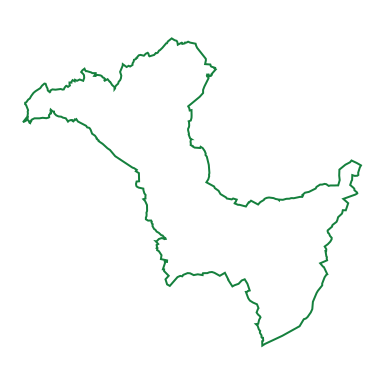 the district of Feliceni, Harghita, Romania
{"feature_id": "2599482B81042464195170", "entity_name": "Feliceni", "entity_type": "district", "adm_level": 2, "iso_a3": "ROU", "parent_name": "Romania", "parent_adm1": "Harghita", "projection": "mercator", "projection_center": [25.253, 46.284], "detail": "fine", "context": "isolated", "style": "outline", "palette": "green", "viewbox_px": 384, "rotation_deg": 0, "n_neighbors": 0, "source": "geoboundaries", "source_scale": "gbopen_adm2", "svg_char_len": 5861}
<svg xmlns="http://www.w3.org/2000/svg" viewBox="0 0 384 384"><path d="M262.3,345.6L265.0,343.9L282.3,335.8L299.6,326.2L303.8,319.2L305.7,318.6L307.5,317.1L310.8,312.4L312.3,309.1L312.9,301.8L316.6,293.0L317.9,290.8L322.2,285.4L322.2,283.5L324.6,277.3L326.4,274.7L327.3,274.3L323.9,267.1L323.1,266.7L320.2,263.3L327.1,260.3L326.7,258.5L326.9,257.1L326.4,256.5L325.5,251.1L326.1,251.2L326.3,249.2L324.7,246.5L327.8,244.2L330.3,241.6L331.6,239.3L331.7,237.8L330.0,235.9L329.0,233.5L328.1,232.9L327.6,231.1L327.7,230.4L332.1,226.6L332.1,225.9L332.6,224.9L336.5,221.9L337.3,220.2L338.1,217.2L341.8,213.8L342.3,212.7L342.8,210.2L345.8,210.3L348.2,203.2L343.3,198.9L355.5,194.5L357.3,193.4L357.1,192.5L354.4,190.2L354.4,189.0L353.6,187.9L350.2,185.0L351.4,181.2L352.1,180.0L352.3,175.1L354.8,175.9L357.4,175.7L358.3,175.0L358.2,172.6L359.8,167.5L361.0,165.4L356.8,163.0L351.5,160.5L350.0,162.3L345.4,164.7L339.4,169.6L339.2,175.7L339.7,180.1L338.2,185.4L330.3,185.5L328.7,185.9L326.3,184.2L324.6,183.9L322.1,184.6L320.1,184.6L316.5,186.9L315.7,188.5L308.9,191.9L305.0,192.7L302.4,195.0L303.0,195.5L302.3,196.9L299.8,196.9L293.9,198.2L291.2,198.1L289.4,198.7L286.4,198.8L282.9,199.8L279.2,199.6L279.1,200.3L278.0,199.4L275.7,199.0L273.6,198.1L269.0,197.5L266.6,197.9L264.5,198.9L263.8,200.0L260.3,202.1L258.1,204.5L251.0,200.7L249.1,202.5L248.7,202.3L245.9,206.5L239.5,204.8L238.0,204.8L234.9,203.5L235.1,203.2L234.8,203.0L235.8,201.6L236.7,199.6L233.1,198.5L231.8,199.4L226.8,198.5L226.0,197.4L220.5,194.1L218.6,190.8L214.8,188.1L214.1,186.5L206.4,182.3L208.3,179.3L209.2,176.2L209.0,174.9L209.4,173.0L208.8,164.9L206.8,156.6L205.5,155.0L205.7,153.5L204.7,151.0L202.7,148.1L200.6,146.8L200.1,148.0L194.6,147.6L192.6,146.4L192.7,146.0L190.7,145.1L190.8,143.2L190.5,141.8L191.0,139.1L191.3,139.1L190.1,138.3L188.7,134.5L189.0,134.0L188.1,130.2L188.1,128.9L189.0,126.9L189.2,125.3L189.0,122.0L188.7,121.3L190.8,120.5L191.5,117.9L191.6,115.6L191.5,110.1L189.7,110.5L189.3,108.3L188.2,106.3L199.7,96.8L203.1,93.0L203.1,89.9L204.4,86.5L208.5,78.3L208.0,76.6L207.1,76.4L206.9,75.7L207.5,75.1L207.3,74.6L208.6,74.5L208.9,75.2L208.3,75.7L208.5,76.5L211.0,75.8L211.8,74.8L211.4,74.3L215.8,69.3L214.5,68.5L214.9,67.8L211.3,66.6L210.8,66.1L210.3,64.5L205.1,64.1L205.9,60.3L205.8,58.8L197.1,47.8L196.1,45.6L195.6,43.7L190.1,42.6L188.1,41.7L186.5,42.6L185.0,42.6L184.7,43.4L182.3,43.9L182.0,42.8L181.7,42.7L177.8,44.7L177.4,42.2L176.6,40.8L174.6,40.2L171.7,38.4L167.8,41.5L167.0,43.2L166.2,43.3L162.4,47.8L159.9,50.2L159.0,50.6L157.8,52.6L156.7,53.2L155.8,53.0L154.2,54.9L149.6,56.3L149.0,55.8L148.4,53.6L147.7,52.8L145.8,53.7L143.9,55.7L140.5,54.9L138.8,55.3L137.2,57.1L137.2,57.8L136.3,58.0L135.8,59.1L134.0,59.8L133.6,61.7L132.6,63.3L132.5,65.0L130.1,66.5L128.7,65.8L126.6,67.0L122.8,64.2L122.7,65.6L120.1,71.9L121.3,75.6L120.9,78.3L120.1,80.2L118.7,81.7L118.1,83.7L116.0,85.6L115.0,87.5L115.1,88.4L114.5,89.2L114.5,87.1L112.1,85.0L110.2,81.9L109.8,81.9L107.6,79.2L104.7,80.7L104.4,80.3L104.9,78.8L103.7,77.7L102.7,77.4L101.6,75.9L100.1,75.3L97.0,74.9L95.5,76.0L94.2,75.9L95.7,73.6L95.7,73.1L92.2,73.1L91.4,72.5L86.8,71.1L86.0,71.2L85.2,70.3L84.5,68.7L82.5,70.2L81.2,72.0L83.3,74.1L84.0,75.2L84.2,77.9L83.2,80.8L79.7,79.5L77.0,80.8L75.0,79.8L74.7,81.3L72.6,80.1L71.4,81.9L71.4,82.6L69.5,82.5L69.5,84.1L69.9,85.5L68.0,86.9L66.5,85.8L66.1,85.9L64.7,87.5L63.8,89.4L62.6,89.6L60.7,89.0L55.5,89.7L52.4,89.4L50.4,90.5L50.3,91.7L49.9,92.1L49.5,91.6L48.8,91.5L47.8,90.4L47.5,88.5L46.6,86.8L45.6,83.8L44.4,83.6L42.0,85.7L40.2,88.2L35.5,91.2L33.5,92.9L31.2,96.0L29.8,98.5L28.2,99.6L26.2,102.4L25.2,102.7L25.1,104.1L26.1,105.1L28.1,110.2L27.7,111.5L27.9,113.5L27.4,116.6L23.0,122.2L25.8,120.8L27.5,118.9L27.4,119.5L28.5,120.7L29.6,122.9L30.1,123.1L30.2,121.4L31.1,121.5L31.3,120.9L31.0,120.7L31.7,119.7L34.5,118.3L39.6,118.3L42.7,117.8L46.3,118.2L48.6,117.6L49.2,117.2L49.0,115.1L49.9,114.2L50.1,113.3L51.0,113.3L51.1,112.1L50.9,110.7L50.5,110.6L50.7,109.6L52.7,111.4L54.0,111.6L54.0,112.6L54.7,113.8L56.3,115.4L58.5,116.4L61.3,116.7L62.8,117.6L65.8,118.3L68.0,121.6L68.9,120.7L71.1,120.0L72.3,120.1L72.5,121.0L73.4,121.4L74.8,119.5L75.2,119.9L76.3,119.1L77.9,121.5L86.1,125.8L87.2,127.4L89.1,127.8L89.8,128.4L90.6,129.7L92.1,133.7L95.0,135.7L96.9,138.4L96.6,138.7L96.8,139.0L98.7,140.5L98.6,141.1L102.8,144.0L107.5,148.3L110.0,150.0L115.2,156.2L132.6,167.7L133.8,168.0L136.8,169.9L135.8,171.2L138.9,173.1L139.1,181.3L136.6,181.5L136.0,183.9L136.3,185.8L136.7,186.5L138.6,187.6L143.3,188.6L143.5,190.5L144.4,193.4L145.6,195.0L145.4,197.0L145.5,198.5L143.4,199.2L145.1,201.0L147.0,205.1L147.1,210.9L146.4,212.9L146.6,214.0L146.5,216.2L145.9,217.5L145.9,219.3L148.1,220.6L151.1,220.5L151.8,221.7L151.5,222.3L152.3,224.2L152.7,224.3L152.5,226.1L154.1,229.0L155.4,229.8L156.6,231.6L158.8,232.8L161.3,235.2L162.6,235.5L164.2,237.5L165.3,238.0L165.7,238.9L164.3,239.1L163.6,238.5L161.6,238.1L158.9,239.0L156.5,241.4L155.8,241.3L158.2,244.0L156.6,245.0L157.0,247.0L156.7,248.0L157.1,248.0L157.6,247.3L157.1,250.1L158.9,251.2L161.5,255.2L160.9,259.1L167.1,260.4L167.0,261.9L164.8,261.7L165.0,263.0L162.9,269.3L164.1,269.4L164.1,271.1L168.7,275.8L165.5,279.3L167.1,284.4L169.8,285.9L177.5,277.1L180.2,275.9L182.3,276.3L183.2,274.9L187.6,273.1L190.1,273.3L193.7,275.1L197.8,274.3L202.6,275.1L202.7,273.7L203.0,273.2L207.4,273.1L209.3,272.3L212.0,272.0L214.4,272.8L219.8,275.8L224.9,272.8L228.4,279.7L228.2,279.9L232.4,286.4L234.6,285.2L238.6,283.8L241.7,280.5L244.7,279.3L247.4,283.7L249.7,290.5L247.9,291.0L247.2,291.8L245.9,291.9L248.3,298.3L249.9,300.6L253.1,302.6L257.0,304.3L258.5,308.2L257.9,309.1L256.6,312.5L258.0,314.5L259.9,316.2L260.5,317.3L259.1,319.9L258.2,323.8L255.9,324.1L257.6,325.7L258.9,329.5L260.2,331.0L259.9,331.7L259.9,332.8L261.5,335.3L261.5,337.2L261.9,337.7L263.0,337.8L263.2,340.5L263.0,340.9L262.2,341.2L262.3,345.6Z" fill="none" stroke="#15803d" stroke-width="2"/></svg>